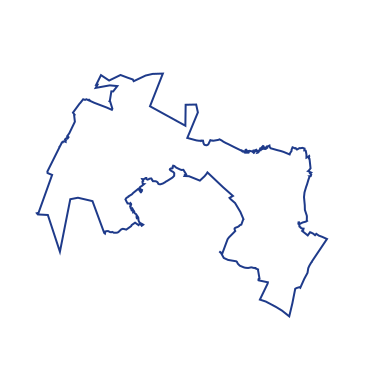 outline of Puente de Ixtla, Morelos, Mexico, rotated 110°
{"feature_id": "50627088B15428140679131", "entity_name": "Puente de Ixtla", "entity_type": "district", "adm_level": 2, "iso_a3": "MEX", "parent_name": "Mexico", "parent_adm1": "Morelos", "projection": "albers", "projection_center": [-99.286, 18.588], "detail": "fine", "context": "isolated", "style": "outline", "palette": "blue", "viewbox_px": 384, "rotation_deg": 110, "n_neighbors": 0, "source": "geoboundaries", "source_scale": "gbopen_adm2", "svg_char_len": 6028}
<svg xmlns="http://www.w3.org/2000/svg" viewBox="0 0 384 384"><g transform="rotate(110 192 192)"><path d="M265.0,330.5L265.8,329.2L262.9,319.6L293.3,295.7L240.4,303.9L236.4,297.2L234.6,282.4L260.5,260.5L260.8,259.6L258.7,259.9L257.8,258.5L257.4,257.2L257.7,255.5L257.5,254.2L256.8,253.3L257.0,251.4L255.9,248.6L254.9,247.5L251.5,245.8L250.4,244.7L250.1,243.7L249.8,240.9L244.9,237.5L243.7,237.4L240.3,235.0L241.4,230.9L240.4,230.6L240.1,230.2L240.0,229.4L240.4,228.4L240.9,227.7L239.4,226.7L239.3,227.1L238.8,230.4L238.1,231.5L236.9,232.6L235.1,233.4L235.6,234.8L235.0,235.3L234.5,235.5L234.6,234.0L234.4,233.9L234.0,234.2L231.9,237.1L231.6,238.3L230.9,239.7L230.8,240.2L231.0,240.4L230.6,240.5L230.5,240.3L230.0,239.8L229.8,240.0L229.4,240.6L229.6,240.7L229.7,240.9L229.7,241.9L229.9,242.0L229.9,242.3L229.3,242.3L228.8,242.1L228.7,241.8L228.5,241.7L227.9,242.4L229.0,242.9L228.3,244.0L227.3,244.3L227.3,244.7L226.7,245.2L225.8,245.2L225.6,245.0L225.3,245.2L224.6,244.9L224.0,245.2L223.6,245.9L224.3,246.0L224.4,247.1L224.3,247.3L224.8,248.6L224.5,248.8L224.0,249.6L221.7,252.0L220.0,251.6L218.4,250.3L217.9,250.0L217.7,250.1L214.8,247.7L213.1,247.0L207.3,243.5L209.8,240.0L209.7,239.8L208.4,239.6L207.3,239.1L207.3,238.8L207.0,241.4L206.1,242.3L205.4,242.5L204.9,242.4L203.3,241.1L200.9,239.7L201.2,241.0L199.4,242.1L198.3,241.6L196.9,243.2L196.5,241.7L194.7,240.3L194.5,239.8L195.2,239.6L195.4,239.3L195.6,238.1L194.8,237.0L194.1,236.6L193.2,235.0L193.3,234.7L194.1,233.7L194.4,233.6L194.5,233.2L195.2,232.5L194.4,230.1L194.3,229.0L194.6,227.8L195.3,226.9L195.7,226.7L195.9,225.9L195.9,225.5L195.6,224.4L194.1,222.4L192.0,220.6L191.4,220.3L189.8,218.9L185.7,215.7L184.8,215.1L182.9,214.3L180.4,215.1L179.8,216.0L179.5,216.9L179.3,218.6L178.9,219.9L178.5,220.5L177.8,220.5L177.0,219.8L176.5,218.5L176.4,218.4L175.6,218.4L174.9,218.8L173.7,218.7L173.6,217.5L174.5,215.2L174.9,211.0L174.9,209.4L174.1,207.7L177.4,203.5L178.7,204.2L178.7,204.5L179.0,204.4L179.5,204.5L178.2,200.2L178.6,188.5L172.9,185.6L169.8,184.5L168.3,184.2L176.9,164.4L181.7,152.2L183.2,153.5L184.7,154.7L185.5,153.3L187.6,147.8L194.2,139.7L200.0,134.3L200.5,134.5L205.8,134.5L206.5,135.4L207.4,136.0L207.9,136.1L209.3,137.2L209.9,138.0L210.9,139.1L211.7,139.5L212.7,139.1L213.9,138.0L222.1,141.8L224.2,142.4L239.4,142.5L238.5,146.0L239.5,143.7L243.1,139.6L243.5,134.9L242.0,126.8L242.2,126.0L243.7,124.4L244.9,121.9L245.1,117.7L245.0,116.3L244.6,114.6L244.0,112.9L242.6,110.7L242.4,109.9L242.3,108.3L241.7,106.4L242.1,106.2L242.2,103.4L242.7,103.3L250.2,99.0L250.7,99.5L251.2,99.7L252.2,99.3L252.2,99.0L250.9,89.8L252.2,89.6L269.9,91.4L269.7,85.2L271.3,73.7L272.7,66.8L275.6,58.1L262.4,59.6L247.6,61.9L246.4,60.8L244.7,58.5L245.0,57.5L235.2,56.8L228.5,55.8L223.8,56.7L221.1,56.5L217.3,55.8L216.9,55.5L216.0,55.5L212.7,54.7L190.0,49.1L189.6,54.4L189.6,57.9L188.8,60.9L190.5,61.6L189.7,63.8L189.4,66.2L189.6,66.6L189.4,67.3L193.2,68.4L190.9,75.2L190.4,75.0L190.4,74.7L189.5,74.4L189.1,74.7L188.3,74.7L188.7,76.4L188.4,77.7L188.0,78.0L187.8,79.1L187.5,79.4L186.5,79.7L185.4,80.8L185.4,81.2L184.1,81.5L183.9,81.0L184.6,80.5L185.0,79.7L182.8,77.6L180.9,74.9L179.8,74.0L179.5,74.4L175.9,75.6L174.9,76.1L170.2,79.8L165.9,81.5L158.5,85.0L154.1,86.1L153.2,86.2L148.1,86.5L145.6,86.5L140.7,86.8L137.1,86.8L137.0,87.0L136.5,85.9L134.9,85.9L134.1,87.4L133.0,86.7L132.7,90.0L132.3,89.7L129.2,88.7L120.7,92.9L120.6,93.5L119.8,93.7L119.5,94.0L118.4,94.0L118.1,94.2L119.7,95.3L120.6,96.2L117.8,97.2L114.5,99.1L114.2,99.5L114.2,100.0L114.5,100.7L112.7,101.1L112.7,103.2L113.9,105.4L114.0,106.0L116.2,107.9L115.8,108.9L115.3,109.6L115.8,110.2L115.6,112.1L115.6,112.8L118.2,112.9L119.4,112.5L121.7,113.1L123.3,113.1L123.0,119.7L123.1,122.5L123.5,126.2L124.0,133.1L123.0,134.5L121.9,135.1L123.0,136.1L123.3,136.6L123.4,137.1L123.8,137.3L124.7,136.4L126.1,137.3L126.6,138.0L126.7,138.9L126.4,138.9L125.6,138.7L125.7,139.0L125.3,139.2L125.4,139.8L124.9,140.6L124.5,140.7L124.5,141.0L126.4,141.8L126.5,141.5L126.2,141.3L126.0,139.9L126.7,139.7L127.3,140.1L127.7,140.8L128.4,141.3L128.3,141.6L127.4,141.9L127.7,142.8L128.3,142.8L129.1,141.9L129.4,141.9L129.6,142.6L130.0,142.9L131.7,143.1L132.5,143.6L132.7,143.9L131.0,143.7L130.7,143.7L130.5,144.1L131.6,145.2L131.7,145.5L131.7,145.9L131.0,146.1L130.6,145.9L130.4,146.1L131.4,147.1L131.9,148.2L132.4,147.9L132.4,147.5L132.6,147.5L133.6,146.9L134.1,147.3L133.8,147.8L133.7,148.2L133.0,148.1L132.9,148.3L133.0,149.2L133.2,149.4L133.5,150.5L133.6,152.0L134.2,153.0L134.4,153.1L135.4,152.2L135.7,152.3L136.2,153.7L135.9,153.6L135.6,154.0L135.1,154.1L134.5,154.4L133.7,155.5L134.0,156.0L134.4,156.1L135.3,156.1L135.8,155.9L136.3,155.6L136.7,155.7L136.9,155.8L136.9,156.2L136.4,156.6L136.1,157.8L136.6,158.1L136.2,158.9L136.4,159.1L135.9,159.7L136.2,160.1L135.4,167.7L134.6,174.3L134.4,176.9L134.0,179.7L133.4,181.9L133.2,183.8L133.1,184.1L134.1,185.2L136.5,189.4L136.7,190.6L136.9,190.7L137.0,192.5L141.7,193.0L142.6,193.7L143.1,194.3L143.4,195.9L143.3,196.6L142.9,197.2L141.9,198.1L140.0,199.2L140.3,200.0L140.8,200.7L140.5,200.8L141.4,202.7L142.0,205.5L142.8,214.9L115.2,213.7L108.4,218.0L112.2,227.8L132.0,220.9L125.8,260.8L90.7,259.9L94.5,269.4L98.4,275.4L107.8,284.7L106.5,286.1L106.6,291.5L106.5,299.2L115.6,308.0L113.3,317.5L124.1,318.7L123.6,317.5L127.1,318.1L119.9,305.7L118.0,298.4L124.5,300.5L125.0,302.2L133.9,300.5L134.9,300.6L134.9,299.9L141.0,295.3L142.2,295.4L141.8,301.0L141.6,314.4L141.2,319.2L140.9,319.3L140.6,320.1L141.2,320.2L141.0,323.0L142.0,324.0L142.1,326.0L146.7,327.5L147.2,327.8L158.1,331.0L159.6,328.7L160.2,329.0L166.0,326.1L178.8,327.4L182.3,328.4L182.6,328.0L182.5,327.7L182.8,327.6L182.6,327.0L182.7,326.8L183.5,327.0L183.4,327.2L184.5,327.6L184.2,328.2L184.3,328.4L185.1,328.7L185.3,329.0L186.0,329.3L186.9,328.1L187.3,328.4L187.4,328.2L187.8,328.3L188.1,328.1L188.1,328.7L188.2,329.6L188.4,329.8L188.5,330.2L189.3,330.4L189.2,330.7L189.9,331.2L193.5,331.6L194.9,332.0L195.0,331.8L222.2,334.9L223.6,334.2L223.8,329.3L264.0,329.1L265.0,330.5Z" fill="none" stroke="#1e3a8a" stroke-width="2"/></g></svg>